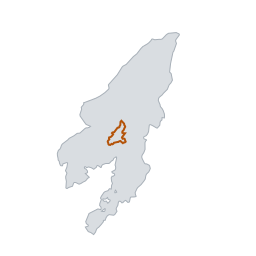 Toguz-Toro, Jalal-Abad, Kyrgyzstan shown in context, rotated 310°
{"feature_id": "92254566B7375851562443", "entity_name": "Toguz-Toro", "entity_type": "district", "adm_level": 2, "iso_a3": "KGZ", "parent_name": "Kyrgyzstan", "parent_adm1": "Jalal-Abad", "projection": "equal_earth", "projection_center": [74.04, 41.261], "detail": "fine", "context": "in_parent", "style": "outline", "palette": "amber", "viewbox_px": 256, "rotation_deg": 310, "n_neighbors": 0, "source": "geoboundaries", "source_scale": "gbopen_adm2", "svg_char_len": 4191}
<svg xmlns="http://www.w3.org/2000/svg" viewBox="0 0 256 256"><g transform="rotate(310 128 128)"><path d="M56.5,152.2L57.1,151.8L59.1,151.4L63.1,151.0L64.5,151.3L67.2,153.0L69.3,152.8L69.7,153.0L70.5,154.4L73.5,152.3L75.6,151.7L76.7,149.6L79.0,147.2L80.9,146.8L81.0,147.2L81.3,147.6L83.3,148.1L83.9,147.5L84.2,146.6L83.6,145.2L83.6,144.6L84.2,143.7L87.3,145.0L88.0,145.0L89.5,144.3L90.8,142.9L91.3,141.9L97.8,138.5L98.3,137.9L98.2,137.4L95.5,136.6L94.2,137.1L93.1,137.1L92.4,136.6L89.1,136.4L88.4,136.0L86.3,133.6L83.6,132.1L82.2,132.1L80.7,132.8L80.2,132.5L80.1,130.2L79.8,128.8L78.9,128.5L77.7,129.0L74.4,128.3L74.0,125.4L72.8,122.8L71.0,121.8L71.0,120.3L70.4,119.7L69.9,119.8L69.2,120.6L69.5,122.3L69.2,124.0L68.8,124.8L68.1,125.5L67.2,125.5L65.7,124.6L65.4,129.7L65.1,130.1L63.3,129.3L61.9,129.6L59.7,129.3L58.1,128.5L55.0,127.5L53.5,126.6L52.7,123.2L51.8,121.9L51.0,121.7L47.7,122.9L44.3,120.8L42.6,120.3L42.2,119.7L42.2,118.9L47.5,115.1L49.6,112.5L50.9,111.4L54.2,110.2L55.0,107.8L55.2,107.5L58.6,106.4L62.3,104.3L62.4,103.7L62.0,103.2L58.7,101.2L57.0,102.1L56.0,101.0L56.1,99.9L57.2,97.9L58.2,96.9L58.6,95.1L59.9,93.8L61.4,91.8L63.1,90.2L66.2,89.0L67.9,89.4L69.6,89.1L72.1,88.1L73.6,88.0L80.1,89.5L82.3,89.6L87.3,91.6L91.2,92.5L93.1,94.4L99.5,95.3L101.2,95.8L101.8,96.7L103.6,97.9L105.2,98.2L103.8,93.6L104.4,90.9L106.4,83.6L107.4,82.5L112.6,80.4L113.8,78.9L117.5,78.9L118.2,78.6L118.7,77.8L130.1,84.2L134.4,86.0L140.4,87.6L145.5,88.2L146.4,87.8L148.4,85.3L149.3,85.2L161.9,85.6L170.9,84.3L172.2,84.4L175.6,85.8L186.2,86.2L190.4,87.1L197.1,86.8L199.9,87.0L204.9,88.8L206.7,89.2L210.0,89.4L211.2,89.1L212.0,89.6L212.8,91.8L215.9,94.8L217.1,96.3L218.3,97.0L224.2,97.4L226.5,98.1L232.1,103.6L232.9,106.8L232.3,107.5L226.5,107.9L225.3,108.4L223.9,110.8L216.2,113.7L215.0,113.7L204.7,119.2L197.6,123.9L197.4,126.1L193.2,131.3L190.1,131.9L187.4,131.8L182.9,133.3L177.3,132.8L175.3,132.9L171.6,132.2L170.1,132.5L168.5,133.6L166.4,137.7L165.5,138.6L165.1,139.6L164.8,141.6L164.0,143.7L162.1,146.9L160.5,148.4L159.1,149.4L157.9,147.4L156.0,148.8L154.2,148.5L153.0,148.9L150.5,150.6L146.8,150.5L146.4,149.9L145.6,145.2L145.0,143.0L144.4,142.5L143.8,142.5L138.4,146.1L136.0,146.8L133.9,146.9L131.3,145.8L130.7,146.1L130.2,146.7L130.0,147.4L130.8,149.5L130.6,150.0L129.4,149.9L127.7,150.4L122.6,154.8L119.4,155.9L116.3,156.3L114.6,157.1L113.5,158.8L111.6,163.3L111.6,164.2L112.5,165.4L113.1,168.1L112.9,168.9L111.3,171.1L109.2,171.8L107.6,172.1L104.5,171.8L102.9,172.3L100.0,174.0L97.6,174.3L93.0,174.4L88.5,173.7L87.1,173.9L83.1,175.0L81.7,176.6L81.0,178.0L80.6,178.2L79.0,176.9L77.0,174.6L76.0,174.6L72.5,176.5L71.9,176.5L70.9,175.7L71.1,172.8L69.9,172.2L67.5,172.0L66.7,171.4L67.0,169.5L66.7,168.8L66.1,168.2L64.8,168.4L62.3,169.9L59.3,170.5L58.3,171.0L57.1,173.1L53.1,173.5L51.9,173.0L49.5,169.2L47.5,168.6L45.4,168.8L42.5,169.8L41.9,168.9L41.1,168.7L40.4,169.4L37.0,169.5L33.4,169.4L31.4,168.9L30.1,169.0L27.5,170.0L24.3,170.2L24.0,166.6L23.1,164.2L24.2,160.3L24.7,159.0L27.1,160.5L27.9,160.2L28.2,159.5L27.9,157.7L29.1,155.8L37.5,153.1L46.7,157.0L47.9,159.5L48.7,159.4L50.0,158.2L50.4,156.1L52.2,154.9L56.2,153.5L56.5,152.2ZM61.1,160.9L61.3,160.6L60.6,158.7L61.6,157.0L59.7,156.7L58.8,156.2L57.7,154.5L57.4,154.4L56.8,154.9L56.5,156.0L56.7,157.2L58.1,158.4L57.4,160.9L60.2,161.2L61.1,160.9ZM51.4,162.6L51.4,162.1L50.7,161.9L47.2,161.2L47.4,161.7L48.7,163.5L49.7,163.6L51.4,162.6ZM72.1,159.5L72.3,158.3L70.3,159.0L70.0,159.6L70.7,160.3L71.6,160.6L72.1,159.5Z" fill="#d9dde1" stroke="#a8b0b8" stroke-width="1"/><path d="M116.0,135.0L117.5,132.3L117.2,131.5L116.3,130.8L116.8,129.5L117.0,129.4L122.0,129.1L121.0,127.8L120.7,126.7L121.8,125.9L123.6,126.0L125.4,125.4L127.1,125.1L127.6,124.3L127.8,123.4L128.8,122.2L129.3,118.3L127.9,118.3L125.3,120.2L123.7,120.4L123.3,120.8L122.2,120.6L121.5,119.8L115.9,120.1L114.6,119.0L113.8,119.0L113.5,120.7L111.8,120.8L109.9,120.5L108.6,119.6L107.8,120.1L107.3,121.0L105.3,120.9L104.4,121.3L104.0,122.2L103.0,123.5L102.9,124.1L103.6,125.3L105.3,125.6L105.5,126.5L106.5,126.9L107.6,126.7L110.7,129.1L111.0,129.5L112.4,129.9L113.2,130.6L113.1,131.6L113.1,133.8L113.8,133.9L114.9,134.8L116.0,135.0Z" fill="none" stroke="#b45309" stroke-width="2"/></g></svg>